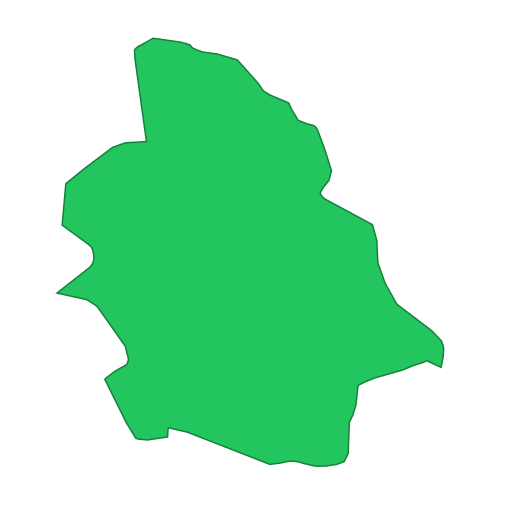 outline of Jalapa, rotated 96°
{"feature_id": "GTM-1961", "entity_name": "Jalapa", "entity_type": "Department", "adm_level": 1, "iso_a3": "GTM", "parent_name": "Guatemala", "parent_adm1": "", "projection": "equal_earth", "projection_center": [-89.954, 14.656], "detail": "fine", "context": "isolated", "style": "filled", "palette": "green", "viewbox_px": 512, "rotation_deg": 96, "n_neighbors": 0, "source": "natural_earth", "source_scale": "10m", "svg_char_len": 1424}
<svg xmlns="http://www.w3.org/2000/svg" viewBox="0 0 512 512"><g transform="rotate(96 256 256)"><path d="M50.2,381.1L51.2,353.7L51.8,349.3L52.9,343.9L55.5,341.2L57.1,337.1L58.8,329.9L59.1,316.0L63.0,295.0L84.4,271.5L90.0,266.8L91.3,265.4L94.4,259.1L100.4,239.4L101.5,238.8L106.2,236.1L116.7,228.2L119.3,218.8L120.0,213.0L121.2,210.4L123.8,208.2L141.2,199.5L163.3,189.8L173.3,191.4L181.4,196.6L186.6,198.8L189.7,196.8L192.2,193.3L212.7,143.4L227.9,137.5L250.1,134.1L270.0,124.5L289.2,110.9L312.1,73.2L321.1,62.7L324.8,60.8L328.6,59.7L337.1,59.3L347.4,60.3L342.3,75.1L344.2,78.3L348.1,87.3L354.2,98.6L364.7,124.8L370.1,135.0L373.9,140.7L376.1,141.0L393.7,141.0L404.2,143.1L411.7,145.8L442.9,143.7L451.4,146.9L454.8,154.1L457.4,163.6L458.7,173.8L458.6,176.6L457.3,187.3L456.7,189.8L456.3,192.4L456.1,197.7L456.9,202.6L459.3,210.0L461.8,220.4L438.3,306.1L436.0,325.0L438.2,325.4L445.2,325.0L450.3,344.8L450.4,353.5L449.9,356.4L435.7,367.3L394.6,393.4L393.3,392.6L386.0,385.0L381.7,379.2L379.5,375.8L377.0,373.0L372.3,371.9L359.5,376.5L348.7,386.0L336.1,396.9L322.6,408.9L317.1,419.6L313.7,450.1L284.3,419.8L282.3,418.7L280.5,417.8L278.5,417.3L275.9,417.0L272.9,417.3L268.4,418.5L265.9,419.7L264.0,421.0L261.3,424.9L245.6,452.0L203.9,452.7L186.5,435.3L163.0,410.0L157.1,397.8L153.7,376.9L81.3,394.8L72.8,396.9L63.7,398.4L62.3,397.4L59.7,394.9L58.4,392.6L50.2,381.1Z" fill="#22c55e" stroke="#15803d" stroke-width="1.5"/></g></svg>